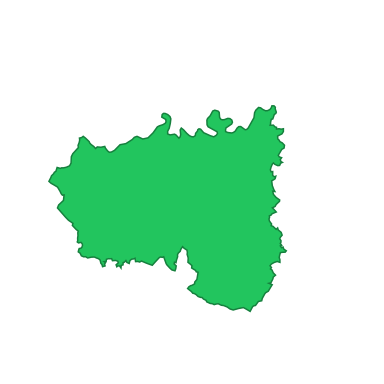 Manoel Viana, Rio Grande do Sul, Brazil, rotated 128°
{"feature_id": "56859067B66108959804614", "entity_name": "Manoel Viana", "entity_type": "district", "adm_level": 2, "iso_a3": "BRA", "parent_name": "Brazil", "parent_adm1": "Rio Grande do Sul", "projection": "albers", "projection_center": [-55.572, -29.43], "detail": "fine", "context": "isolated", "style": "filled", "palette": "green", "viewbox_px": 384, "rotation_deg": 128, "n_neighbors": 0, "source": "geoboundaries", "source_scale": "gbopen_adm2", "svg_char_len": 4843}
<svg xmlns="http://www.w3.org/2000/svg" viewBox="0 0 384 384"><g transform="rotate(128 192 192)"><path d="M287.4,288.2L289.7,276.2L290.3,272.0L290.0,266.5L292.0,265.7L292.8,260.5L292.9,257.5L294.4,256.9L296.7,254.9L298.7,253.8L300.7,252.1L302.0,251.7L302.0,250.1L300.0,248.4L300.4,246.6L301.5,245.4L303.5,244.7L304.8,245.0L306.0,246.1L307.2,245.7L309.2,244.8L309.1,242.5L310.4,239.9L309.8,237.5L308.5,236.0L308.2,233.6L305.2,231.1L303.3,228.8L302.8,226.6L302.1,224.6L302.2,222.5L304.3,219.9L304.6,218.3L305.9,216.5L303.8,215.0L302.5,216.6L301.0,216.6L301.0,218.4L299.6,216.9L297.7,218.0L296.0,216.8L295.0,215.3L294.0,214.3L295.1,212.4L293.0,210.1L292.2,207.8L293.2,206.5L296.1,207.0L297.2,205.2L295.8,204.9L294.9,203.4L295.6,201.2L293.4,202.6L291.9,201.5L290.0,202.8L288.8,202.0L286.7,201.9L287.6,199.9L287.0,197.5L284.2,198.7L282.1,198.2L280.7,196.8L279.3,196.1L281.6,193.6L280.1,191.9L279.4,190.1L277.5,189.3L276.3,184.7L275.4,181.8L274.2,178.2L269.6,177.9L263.8,177.4L262.6,176.8L261.7,175.1L260.5,174.4L264.4,168.2L264.9,166.8L265.6,162.5L265.8,159.9L264.6,156.9L262.6,157.5L259.9,159.0L259.7,161.8L258.1,162.6L257.6,161.1L255.2,162.3L251.8,163.5L250.4,164.8L248.6,165.2L246.0,164.8L244.1,165.5L240.9,165.8L241.2,163.6L240.9,160.1L242.7,158.3L244.1,157.5L246.3,154.4L249.9,151.9L249.9,148.9L250.1,146.7L252.1,145.5L251.6,140.9L252.3,139.5L251.5,137.8L256.4,135.1L257.9,134.3L261.3,134.4L262.7,133.4L265.5,134.5L266.6,135.4L268.6,136.1L270.8,136.0L270.8,131.3L271.3,129.0L270.6,127.7L270.3,125.5L270.6,122.9L269.8,120.4L268.9,119.0L269.3,117.1L268.7,114.2L269.5,112.8L268.6,109.0L267.5,107.2L267.1,105.2L265.3,103.9L263.9,102.5L263.2,99.2L262.0,97.2L260.9,93.4L260.8,90.1L259.6,86.9L254.9,83.4L251.4,80.3L250.7,75.9L250.3,72.7L245.3,73.6L243.9,73.4L242.3,72.1L237.4,72.3L234.8,70.1L232.6,71.1L227.2,72.0L225.9,71.9L223.2,70.8L217.9,71.5L215.7,71.7L216.6,75.2L215.0,73.9L213.0,74.3L210.6,74.8L209.0,75.6L206.1,75.0L205.7,78.2L204.2,80.9L204.3,82.8L202.6,82.9L202.1,85.1L199.9,85.1L197.0,83.9L194.3,82.1L193.3,79.4L191.2,81.1L189.9,83.0L187.4,84.2L185.4,85.0L184.1,83.9L182.0,81.5L180.3,81.5L180.5,84.5L179.3,86.4L180.7,87.1L180.1,89.2L178.8,88.5L178.2,90.8L176.8,91.0L175.5,92.0L174.9,94.1L173.2,94.5L170.5,94.4L168.9,96.9L168.8,100.7L167.6,102.4L169.6,102.7L169.2,107.0L169.8,108.9L168.2,109.6L167.2,113.1L165.8,114.8L164.5,115.1L163.1,116.4L161.7,115.5L159.8,115.5L155.9,113.3L155.3,116.7L155.0,118.9L152.2,117.6L150.1,118.0L147.3,117.6L145.5,117.3L144.3,118.0L144.5,122.3L144.2,124.0L143.7,126.4L141.7,128.9L140.6,127.0L139.7,129.1L137.5,132.7L134.1,136.1L132.1,135.2L130.4,134.7L128.0,135.7L129.3,136.5L129.3,138.6L126.2,141.0L127.4,142.1L126.3,143.9L123.8,145.0L120.5,145.9L119.0,145.7L119.2,143.8L118.4,140.6L117.1,139.3L114.8,139.9L113.0,139.0L113.3,140.7L112.1,142.4L109.8,142.5L110.6,144.9L110.0,146.6L103.2,147.5L100.7,146.5L98.2,147.9L97.7,151.1L98.2,153.8L97.5,155.2L97.4,157.0L95.2,159.0L90.8,156.9L88.1,157.2L85.9,158.9L87.5,160.3L88.6,162.4L90.4,164.2L89.0,165.2L89.6,166.7L89.2,169.0L91.3,171.5L89.8,172.1L88.5,173.1L85.8,174.3L84.8,173.3L83.3,173.8L80.2,174.9L78.6,174.3L77.2,174.7L75.2,177.7L73.9,178.5L73.6,180.4L74.9,182.1L77.0,181.4L79.0,181.4L81.3,182.5L82.7,184.0L83.4,187.2L83.4,189.7L84.4,191.6L88.3,192.1L91.0,191.5L95.3,188.9L107.0,187.1L109.0,187.4L110.2,188.4L110.4,193.9L111.7,195.4L113.8,195.8L117.5,195.4L119.7,196.1L121.1,197.1L123.1,200.5L123.7,202.7L122.4,203.8L120.6,204.7L114.0,202.6L112.1,203.1L110.8,204.9L110.8,207.3L111.9,209.1L115.0,211.0L116.4,212.5L117.0,214.2L116.2,216.2L112.5,219.6L112.2,221.2L113.5,224.4L115.4,225.5L120.8,224.6L124.5,225.0L126.2,224.5L129.8,221.5L130.7,219.4L129.1,209.3L130.3,207.9L132.3,207.8L135.1,208.8L136.4,212.3L138.1,219.3L137.2,223.9L137.9,225.4L139.3,225.8L140.7,225.2L143.5,225.3L145.6,224.1L147.8,224.9L148.8,226.8L149.2,228.9L149.0,232.3L148.2,236.9L148.2,239.8L150.4,239.5L153.7,236.3L155.8,235.3L157.6,235.5L156.9,239.9L157.2,241.4L160.5,244.4L161.2,246.9L159.1,248.6L155.8,249.2L151.2,251.4L147.4,253.7L146.1,255.8L145.9,258.8L146.7,261.7L147.7,262.9L149.3,263.2L151.6,261.9L151.0,257.3L152.8,255.6L154.3,255.4L156.9,256.4L160.0,258.5L162.0,259.4L169.3,259.1L176.4,260.0L180.5,263.4L182.0,269.6L184.4,271.1L187.5,271.4L194.6,273.9L199.0,277.8L206.9,278.7L210.1,280.1L211.6,281.6L211.6,283.8L210.7,287.3L209.8,288.8L212.8,291.3L214.8,294.4L217.1,294.8L216.6,297.4L216.7,300.7L216.4,302.7L215.6,304.1L215.1,309.2L215.1,312.0L217.1,312.5L218.8,313.9L220.2,312.5L222.4,311.4L225.4,310.5L226.9,308.9L235.2,309.5L238.5,308.8L243.7,305.1L246.8,304.6L249.9,306.3L252.3,308.3L253.1,309.5L254.5,310.4L255.7,313.4L259.5,312.0L261.2,312.6L262.9,312.3L265.7,312.7L267.6,312.1L271.7,311.3L271.9,308.5L271.3,304.4L270.9,301.0L272.7,296.4L273.9,294.0L274.3,292.2L273.1,291.0L277.8,288.1L284.3,289.1L287.4,288.2Z" fill="#22c55e" stroke="#15803d" stroke-width="1.5"/></g></svg>